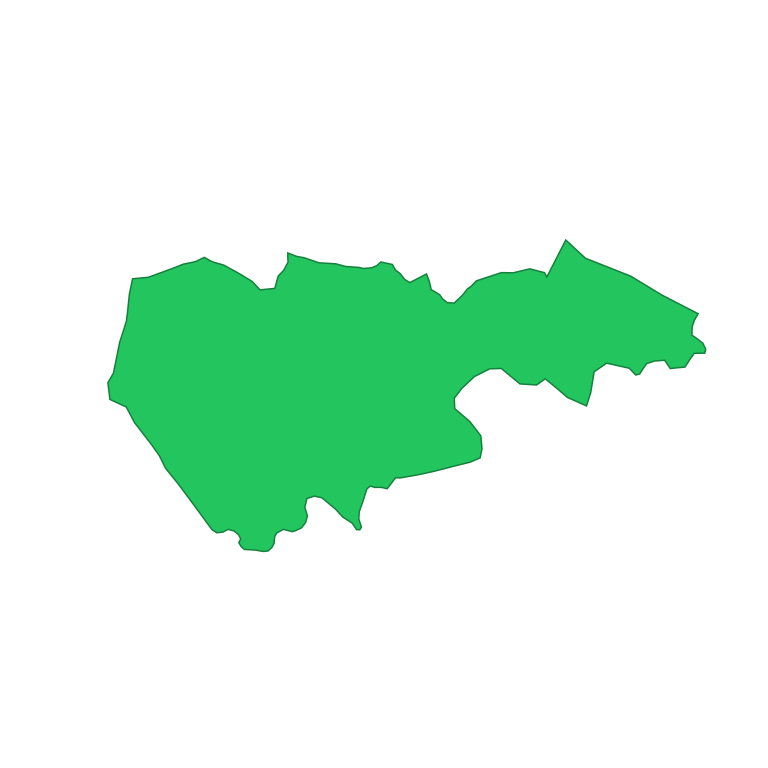 Sapele, Delta, Nigeria (Natural Earth projection), rotated 117°
{"feature_id": "59680162B63156374952276", "entity_name": "Sapele", "entity_type": "district", "adm_level": 2, "iso_a3": "NGA", "parent_name": "Nigeria", "parent_adm1": "Delta", "projection": "natural_earth1", "projection_center": [5.624, 5.87], "detail": "fine", "context": "isolated", "style": "filled", "palette": "green", "viewbox_px": 768, "rotation_deg": 117, "n_neighbors": 0, "source": "geoboundaries", "source_scale": "gbopen_adm2", "svg_char_len": 2079}
<svg xmlns="http://www.w3.org/2000/svg" viewBox="0 0 768 768"><g transform="rotate(117 384 384)"><path d="M310.9,529.2L314.5,527.4L318.9,524.8L328.3,525.0L335.8,527.3L348.4,524.7L356.4,537.2L352.5,548.0L351.4,562.2L350.8,580.7L352.8,590.9L353.1,594.6L352.7,601.5L360.8,607.8L368.5,617.4L375.4,623.4L395.8,642.3L404.4,655.8L419.7,651.6L436.8,645.0L444.9,642.1L458.2,639.8L466.7,638.5L497.2,630.0L508.2,630.6L522.2,621.2L521.5,603.1L531.7,588.7L543.6,563.5L550.0,551.4L558.3,540.3L559.4,537.8L566.6,521.7L574.8,505.1L591.8,471.3L592.5,465.5L588.9,460.1L584.4,457.1L583.0,451.0L584.4,444.8L587.3,441.3L591.2,441.4L593.7,437.5L594.8,433.4L590.4,423.2L587.9,415.3L585.4,411.5L580.2,409.6L575.8,409.6L569.7,412.1L565.5,411.9L559.2,407.7L557.2,398.7L555.0,396.4L549.7,392.2L543.0,391.0L536.4,392.3L529.9,398.5L521.1,400.7L515.6,395.3L513.6,387.8L515.5,379.2L517.7,369.8L521.3,360.2L522.4,349.2L526.2,342.3L525.0,339.4L521.8,339.1L515.7,345.2L508.9,348.1L498.0,349.5L485.3,351.6L481.1,349.9L480.4,345.5L477.2,339.1L475.9,333.6L462.2,331.1L460.5,327.2L451.0,314.5L448.6,311.4L438.4,299.0L424.5,283.3L414.3,271.5L406.1,264.8L397.2,267.3L386.2,274.2L378.5,290.5L373.8,309.8L364.8,314.9L352.8,312.7L336.3,306.8L322.5,296.7L316.9,286.5L322.2,262.9L315.6,247.6L306.2,242.7L309.0,229.7L312.7,214.4L311.6,193.6L297.8,195.9L277.7,202.3L264.4,195.1L258.6,172.6L261.7,163.8L259.0,160.7L253.3,160.2L246.6,159.2L240.8,153.5L235.4,144.7L240.3,135.9L237.2,131.3L232.3,123.5L222.5,122.5L215.8,121.5L210.9,112.2L206.9,113.2L202.9,118.4L201.4,126.2L200.7,131.8L193.1,135.4L186.0,136.4L178.8,136.0L178.6,176.8L175.9,213.2L180.5,261.6L173.2,287.4L214.8,287.5L211.9,291.4L215.2,306.4L226.3,319.4L231.5,330.0L250.1,348.5L257.9,350.9L261.3,352.8L269.2,354.4L280.1,358.2L282.8,364.8L281.5,370.6L279.2,374.9L278.7,381.8L278.5,384.7L271.8,390.4L266.7,396.1L281.9,407.0L281.5,412.8L278.3,419.7L277.3,425.4L273.7,430.8L276.7,442.2L281.7,444.1L286.1,447.8L290.4,454.8L291.6,459.5L296.7,471.6L298.8,481.5L305.5,496.9L307.8,512.6L309.9,519.5L310.9,529.2Z" fill="#22c55e" stroke="#15803d" stroke-width="1.5"/></g></svg>